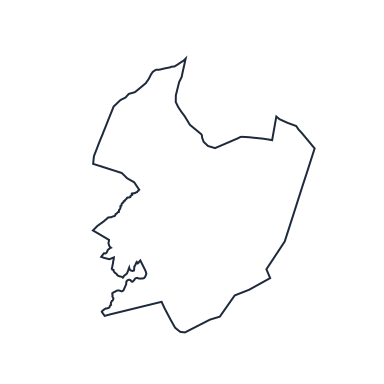 Villa de Chilapa de Díaz, Oaxaca, Mexico, rotated 67°
{"feature_id": "50627088B27249179318805", "entity_name": "Villa de Chilapa de Díaz", "entity_type": "district", "adm_level": 2, "iso_a3": "MEX", "parent_name": "Mexico", "parent_adm1": "Oaxaca", "projection": "equal_earth", "projection_center": [-97.646, 17.595], "detail": "fine", "context": "isolated", "style": "outline", "palette": "slate", "viewbox_px": 384, "rotation_deg": 67, "n_neighbors": 0, "source": "geoboundaries", "source_scale": "gbopen_adm2", "svg_char_len": 4458}
<svg xmlns="http://www.w3.org/2000/svg" viewBox="0 0 384 384"><g transform="rotate(67 192 192)"><path d="M188.7,298.2L195.3,293.3L203.7,287.1L204.5,287.6L205.2,288.0L206.1,288.7L207.1,289.0L208.8,289.2L210.5,289.0L211.6,288.4L211.6,289.5L212.5,292.2L213.3,293.0L214.4,294.2L214.8,295.6L214.0,297.0L214.9,298.6L216.2,300.9L218.2,298.8L219.8,296.7L221.6,294.3L221.7,289.5L222.4,289.9L223.7,290.6L225.2,291.8L226.5,292.4L227.4,293.1L229.8,294.7L231.2,295.8L232.3,295.7L233.0,294.7L233.8,295.0L235.6,294.8L236.9,294.1L237.8,293.5L239.3,293.3L240.5,292.5L241.5,291.4L242.2,290.4L243.0,289.4L243.8,289.1L243.3,288.2L242.6,287.3L242.2,285.8L241.8,284.2L241.2,283.3L240.3,282.4L239.3,281.4L238.0,280.3L237.1,279.4L238.1,279.6L239.6,279.4L240.4,278.9L241.4,277.7L241.6,276.1L240.7,275.6L238.9,274.6L238.0,274.2L237.6,273.3L236.5,272.1L235.4,271.1L234.8,270.1L236.5,269.8L236.2,268.8L235.7,268.0L235.2,267.2L234.8,266.3L236.5,266.2L246.4,265.6L249.2,265.9L249.6,266.1L252.0,268.5L252.1,268.9L252.5,269.8L252.5,270.5L252.3,271.2L252.0,272.0L251.8,272.8L251.7,273.0L250.8,274.8L250.4,275.3L249.7,275.9L249.5,276.9L249.4,277.7L249.6,278.4L249.8,278.8L250.6,279.7L251.3,281.6L251.3,282.1L250.5,282.8L249.9,282.8L249.5,282.9L248.7,283.5L248.3,284.1L248.0,284.9L248.1,285.9L248.7,287.3L249.1,287.4L249.4,287.8L250.3,288.2L251.3,288.7L252.8,290.4L253.9,291.4L254.0,291.7L255.1,292.8L255.6,293.3L255.9,294.1L256.0,294.5L256.0,295.2L256.0,295.5L255.5,296.1L255.0,296.6L254.3,297.5L254.0,297.9L253.7,298.7L253.5,299.3L253.5,300.4L253.6,301.4L253.7,301.8L253.7,302.3L253.7,303.0L253.9,304.4L254.1,305.0L255.4,305.4L256.1,305.5L256.7,306.0L258.0,306.1L258.9,305.9L259.4,306.0L260.2,306.6L260.7,307.2L260.9,307.6L261.0,308.4L261.4,308.8L262.1,309.7L263.5,310.6L264.3,310.6L264.5,311.1L264.7,312.0L265.0,312.4L265.4,312.7L265.9,313.0L266.1,313.8L266.1,314.5L266.0,315.1L265.9,316.2L265.7,316.4L265.5,316.9L265.6,317.8L265.8,318.4L265.8,318.9L266.1,319.7L266.2,320.3L266.5,321.1L266.8,321.8L267.0,321.9L271.9,320.8L272.8,314.4L281.2,262.9L288.1,262.7L301.3,261.6L310.3,260.6L314.3,258.5L316.3,257.3L318.5,253.3L316.5,225.4L317.6,215.1L303.9,193.1L304.3,177.6L301.8,153.7L292.2,153.7L273.8,126.0L253.9,108.8L228.8,87.2L219.2,78.8L199.8,62.1L180.5,67.9L176.2,69.5L172.0,70.3L165.5,77.2L159.2,83.0L155.5,84.9L175.6,98.0L173.8,100.7L170.7,105.7L166.1,114.1L163.7,118.4L160.7,124.5L160.3,125.9L160.5,129.0L160.6,149.8L160.6,153.6L160.3,154.0L155.9,159.3L150.3,161.7L147.1,161.5L146.9,161.5L146.3,161.5L146.2,161.5L143.7,160.8L142.6,160.8L129.3,167.7L127.3,168.0L126.4,168.1L122.9,168.6L119.0,169.2L113.9,170.5L108.3,171.5L102.8,171.8L96.7,169.1L85.8,160.9L82.1,156.6L77.6,153.5L72.9,150.1L67.8,146.5L66.7,145.7L67.8,148.4L68.6,153.4L68.8,153.9L69.6,159.0L68.9,161.3L68.6,162.1L68.7,163.5L67.4,169.7L66.9,173.0L66.4,175.2L65.6,176.7L65.5,178.3L66.1,181.2L67.9,184.0L69.2,185.4L71.4,188.2L73.2,191.2L73.6,191.5L75.9,199.0L77.2,203.5L77.8,205.5L77.0,211.8L79.1,216.4L79.2,218.6L79.3,220.7L79.5,222.1L79.6,222.5L81.2,226.7L81.5,227.4L82.7,230.8L83.7,231.7L88.7,236.7L92.7,240.7L96.6,244.5L101.0,248.9L101.7,249.6L102.0,249.9L102.2,250.1L102.6,250.5L103.5,251.3L106.6,254.5L109.8,257.7L111.1,259.0L111.3,259.2L115.2,262.9L120.5,268.1L121.3,268.6L123.6,269.9L127.5,272.0L139.6,257.9L147.1,249.2L154.1,246.3L160.5,241.4L170.0,239.6L169.8,239.6L169.7,239.7L169.7,239.9L169.7,240.3L169.7,241.0L169.8,241.2L170.2,241.9L170.4,242.3L170.6,242.5L170.5,243.5L170.7,244.3L170.7,244.6L170.7,244.9L170.6,245.1L170.5,245.6L170.5,245.8L170.6,246.0L170.5,246.4L170.3,246.6L170.2,246.8L170.0,247.2L169.9,247.6L169.9,247.9L170.1,248.2L170.5,248.3L170.9,248.3L171.1,248.3L171.3,248.3L171.4,249.1L171.6,250.0L172.0,250.6L172.1,250.4L172.4,250.5L172.5,250.7L172.6,251.4L172.4,252.0L172.2,252.9L172.1,253.2L171.9,253.5L172.0,254.2L172.4,254.5L172.6,254.8L173.0,255.7L173.0,256.0L173.2,256.4L173.4,256.7L173.4,256.9L173.8,257.2L173.8,258.0L173.8,258.5L174.1,258.8L174.4,259.0L174.8,259.2L174.8,259.5L175.0,260.3L175.2,260.9L175.6,261.5L175.9,261.7L176.3,261.9L176.9,262.2L176.9,262.7L177.0,263.0L177.1,263.5L177.7,263.6L178.0,263.6L178.4,263.8L178.6,264.2L179.0,264.4L179.4,264.8L179.8,265.3L180.0,266.2L181.2,266.8L181.8,267.1L181.6,268.1L182.0,268.8L182.1,269.2L182.2,269.4L182.5,270.0L182.5,270.4L182.5,271.0L182.9,271.4L183.5,271.8L183.8,272.3L183.9,272.7L183.6,274.3L183.6,275.0L183.6,275.7L183.7,276.0L182.7,279.0L184.5,284.5L186.3,292.4L188.7,298.2Z" fill="none" stroke="#1e293b" stroke-width="2"/></g></svg>